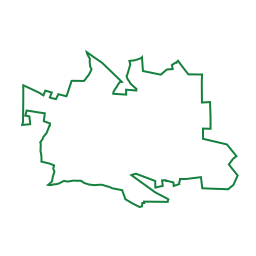 outline of Abalá, Yucatán, Mexico, rotated 354°
{"feature_id": "50627088B14708178050051", "entity_name": "Abalá", "entity_type": "district", "adm_level": 2, "iso_a3": "MEX", "parent_name": "Mexico", "parent_adm1": "Yucatán", "projection": "mercator", "projection_center": [-89.689, 20.66], "detail": "fine", "context": "isolated", "style": "outline", "palette": "green", "viewbox_px": 256, "rotation_deg": 354, "n_neighbors": 0, "source": "geoboundaries", "source_scale": "gbopen_adm2", "svg_char_len": 3756}
<svg xmlns="http://www.w3.org/2000/svg" viewBox="0 0 256 256"><g transform="rotate(354 128 128)"><path d="M50.6,157.6L50.0,159.1L49.7,159.3L49.4,160.5L50.0,162.8L50.2,163.1L50.1,164.2L48.9,166.8L48.0,168.9L48.0,169.1L46.9,172.9L45.5,174.3L42.6,176.2L43.9,176.6L45.0,176.6L45.5,176.6L45.9,176.7L46.6,176.6L46.8,176.5L47.7,176.4L48.5,176.3L48.8,176.2L49.8,176.5L50.9,176.3L51.7,176.3L53.3,176.0L58.8,173.9L62.1,174.9L62.8,175.0L64.4,174.8L65.8,174.8L67.8,174.6L70.7,174.9L71.4,175.2L72.5,175.2L75.4,175.5L75.9,176.0L76.6,176.1L77.0,176.5L77.6,177.2L78.1,177.7L78.2,177.8L79.5,178.5L79.8,178.6L83.5,180.2L88.5,181.3L91.8,181.4L95.5,181.6L96.9,182.0L101.1,183.9L102.6,184.3L104.8,185.5L105.5,186.1L109.6,187.4L115.7,189.2L116.5,192.5L117.2,195.2L117.9,198.5L120.3,200.3L121.5,201.2L122.4,201.8L122.7,202.2L123.3,202.5L124.6,203.5L127.1,205.1L131.3,207.8L133.7,207.4L133.7,206.9L134.0,206.1L134.4,204.1L136.3,204.3L136.3,202.9L159.7,205.6L159.7,205.2L160.2,204.4L160.7,203.1L148.3,194.8L126.4,175.2L127.6,174.9L131.1,174.3L137.9,177.7L149.5,183.5L149.0,190.1L156.5,189.2L156.4,183.7L159.2,183.8L159.9,183.8L160.1,184.6L161.6,184.7L167.5,186.9L167.4,190.4L173.2,189.1L173.2,187.2L174.3,185.5L174.4,184.1L174.7,184.1L180.0,184.8L195.4,184.5L195.6,195.7L205.6,197.2L214.4,198.4L221.3,199.4L221.7,199.0L226.9,195.6L232.1,186.7L227.3,179.3L224.5,174.8L229.2,169.7L232.9,167.3L224.7,154.7L201.5,146.6L202.5,136.4L210.0,137.4L210.4,133.7L211.3,124.7L212.3,110.8L204.2,110.4L206.2,89.9L207.2,82.5L193.7,81.0L191.6,77.7L187.9,71.7L184.8,66.4L183.3,67.5L183.1,68.2L182.2,68.0L178.7,69.7L178.2,70.0L178.5,72.1L178.6,74.1L178.4,74.1L177.8,74.1L174.2,73.9L172.7,73.9L166.2,78.4L148.8,72.9L149.3,59.2L149.2,59.3L147.1,60.2L146.0,60.5L144.0,60.9L142.5,61.2L141.6,61.4L136.4,61.4L137.0,65.0L136.4,66.1L136.0,67.4L132.7,75.3L132.0,76.1L132.7,79.4L133.8,81.2L134.2,81.8L134.6,82.9L134.8,83.6L135.2,84.2L136.5,85.8L137.9,87.3L139.7,89.2L140.1,89.7L140.4,89.9L140.2,91.6L130.1,89.7L129.7,94.6L117.3,92.5L116.9,92.4L117.3,90.7L117.7,89.9L118.7,88.7L119.3,88.0L119.6,87.5L121.2,85.8L122.6,83.7L123.8,82.4L124.6,81.6L125.6,81.6L126.7,81.5L115.6,68.2L115.0,67.5L109.0,60.4L102.2,54.6L94.9,48.2L95.2,50.1L95.4,50.5L95.9,51.9L97.3,55.1L97.2,55.7L97.1,56.5L96.8,58.1L96.8,59.0L96.8,60.1L96.8,60.9L96.8,61.0L96.8,61.9L96.8,62.8L96.9,63.2L97.2,63.9L97.6,65.0L97.8,65.6L97.8,65.9L97.8,66.1L97.6,66.5L96.9,67.4L96.2,68.5L95.7,69.4L95.4,69.8L94.9,70.5L94.5,70.9L94.5,71.1L94.2,71.5L93.9,71.7L93.6,72.0L93.2,72.4L92.5,73.0L90.6,75.3L90.1,75.6L89.8,76.0L89.2,76.6L77.1,75.2L76.8,75.3L75.3,78.7L75.1,79.1L74.7,79.9L74.4,80.6L74.0,81.5L73.7,82.3L73.3,83.1L73.0,83.8L72.9,83.9L72.8,84.1L72.6,84.6L72.3,85.4L70.1,90.0L62.2,87.1L59.3,91.8L53.5,89.6L53.4,89.5L55.9,84.7L49.7,82.2L47.3,86.7L43.4,83.7L36.1,79.2L28.3,74.6L27.1,86.2L25.6,99.4L24.2,111.0L23.1,113.9L31.1,114.0L31.2,112.3L31.1,106.1L27.2,105.0L29.0,100.0L40.2,103.0L46.8,104.7L45.0,112.4L45.1,112.5L50.9,115.3L50.4,117.7L50.2,117.7L49.8,117.9L49.5,118.7L49.4,118.8L49.2,119.2L49.1,119.5L48.9,119.8L48.7,120.2L48.6,120.6L48.3,121.1L48.0,121.6L47.7,122.2L47.4,122.7L47.4,122.9L47.0,123.6L46.8,124.0L46.6,124.2L46.3,124.6L46.0,125.0L45.8,125.3L45.2,125.6L44.8,126.2L44.4,126.6L43.6,127.3L43.0,128.0L42.8,128.2L42.7,128.4L42.2,129.2L42.0,130.0L41.8,130.3L41.1,131.0L40.6,131.5L40.4,131.8L40.1,132.1L39.8,132.8L39.2,133.1L39.4,133.8L39.5,134.4L39.6,135.2L39.4,135.8L39.3,136.2L39.3,136.6L39.2,137.3L39.1,138.2L39.0,138.5L39.0,139.0L38.9,139.8L38.8,140.4L38.7,140.9L38.5,142.0L38.7,143.1L38.8,143.6L38.9,144.1L38.9,144.4L38.9,144.8L38.8,145.0L38.8,145.6L38.9,146.6L38.9,147.2L38.9,147.8L38.8,148.1L38.8,148.6L38.8,149.2L38.6,150.8L38.5,151.4L38.4,152.4L46.1,155.1L50.4,157.3L50.6,157.6Z" fill="none" stroke="#15803d" stroke-width="2"/></g></svg>